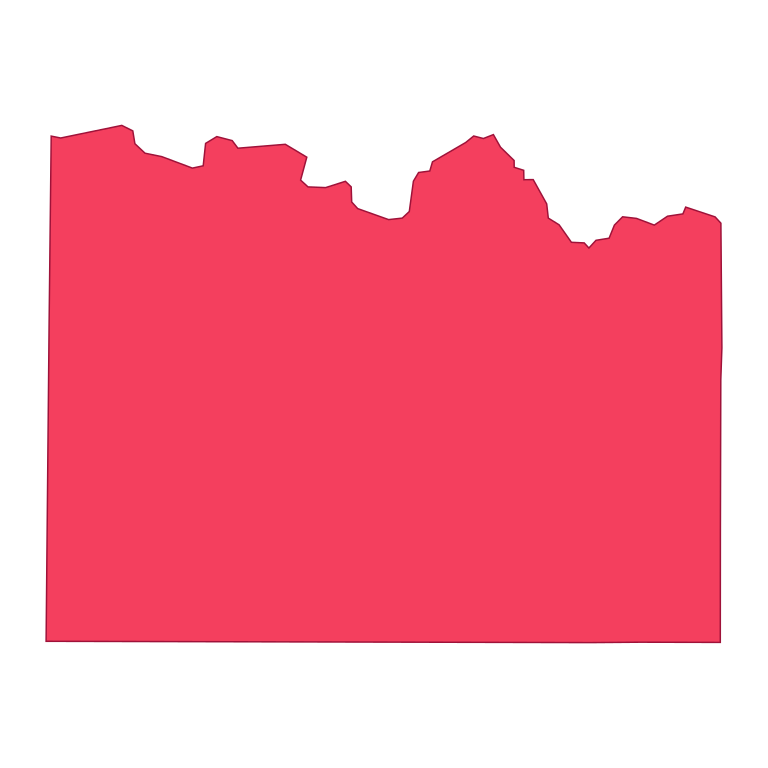 Lincoln, Washington, United States of America
{"feature_id": "52423323B25148462267698", "entity_name": "Lincoln", "entity_type": "district", "adm_level": 2, "iso_a3": "USA", "parent_name": "United States of America", "parent_adm1": "Washington", "projection": "natural_earth1", "projection_center": [-118.323, 47.609], "detail": "fine", "context": "isolated", "style": "filled", "palette": "rose", "viewbox_px": 768, "rotation_deg": 0, "n_neighbors": 0, "source": "geoboundaries", "source_scale": "gbopen_adm2", "svg_char_len": 908}
<svg xmlns="http://www.w3.org/2000/svg" viewBox="0 0 768 768"><path d="M121.8,125.4L60.7,138.0L51.2,136.1L49.1,324.1L46.1,641.3L590.3,642.6L640.2,642.2L720.3,642.4L720.4,531.8L720.8,379.7L721.9,347.9L720.9,223.2L715.1,216.9L685.7,207.1L682.9,213.9L667.5,216.2L654.3,225.1L636.5,218.4L622.6,216.8L614.4,225.1L609.1,238.2L596.0,240.3L588.9,248.0L584.2,242.9L571.4,242.3L559.1,224.8L548.3,218.1L546.7,203.9L533.2,179.6L523.9,179.7L523.7,170.3L514.2,167.3L514.1,160.5L500.5,147.2L493.4,134.6L483.4,138.5L473.7,136.0L465.7,142.5L432.5,161.8L429.8,171.0L418.6,172.5L413.4,181.2L409.3,211.5L402.3,218.1L388.6,219.6L357.7,208.6L351.7,202.0L351.2,186.9L345.4,181.3L325.6,187.6L308.0,186.9L300.6,180.1L306.8,157.2L285.3,144.3L237.9,148.2L232.2,140.6L216.8,136.6L205.6,143.4L203.2,165.8L192.4,168.1L161.7,156.6L145.0,153.2L134.9,143.7L132.8,130.9L121.8,125.4Z" fill="#f43f5e" stroke="#9f1239" stroke-width="1.5"/></svg>